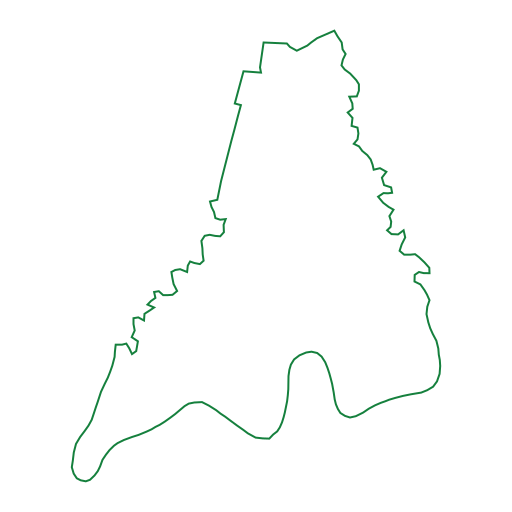 Palmitos, Santa Catarina, Brazil (Albers equal-area conic projection)
{"feature_id": "56859067B46835059259236", "entity_name": "Palmitos", "entity_type": "district", "adm_level": 2, "iso_a3": "BRA", "parent_name": "Brazil", "parent_adm1": "Santa Catarina", "projection": "albers", "projection_center": [-53.188, -27.082], "detail": "fine", "context": "isolated", "style": "outline", "palette": "green", "viewbox_px": 512, "rotation_deg": 0, "n_neighbors": 0, "source": "geoboundaries", "source_scale": "gbopen_adm2", "svg_char_len": 3107}
<svg xmlns="http://www.w3.org/2000/svg" viewBox="0 0 512 512"><path d="M115.7,344.7L114.9,351.9L114.6,356.9L112.3,365.7L110.1,371.9L107.8,377.7L104.8,383.7L101.0,391.8L99.1,397.6L97.5,402.5L95.9,407.1L93.6,414.1L91.7,419.8L88.5,425.6L84.6,431.1L80.2,436.9L76.0,443.9L73.8,452.4L72.8,460.8L71.8,467.2L73.7,473.6L76.8,478.3L80.7,480.3L85.8,481.3L90.0,479.8L94.5,475.5L97.8,471.1L100.1,466.4L102.5,459.8L106.0,454.6L109.6,450.0L114.0,445.7L117.6,443.1L123.9,440.0L132.0,437.0L138.6,434.9L146.6,431.6L151.6,429.3L155.5,426.9L159.6,424.9L164.8,421.6L170.3,417.7L175.1,414.1L180.2,409.8L184.6,406.1L188.8,403.6L194.3,402.5L202.0,402.1L208.9,405.6L216.2,410.2L220.5,413.6L225.2,416.7L230.5,420.7L237.0,425.5L243.3,429.9L247.8,433.3L255.6,437.6L262.9,438.4L269.3,438.6L273.2,434.5L277.2,431.4L279.8,427.4L282.0,422.4L283.6,417.3L284.8,412.6L285.8,407.7L287.1,401.3L287.8,395.3L288.3,389.2L288.4,382.5L288.5,376.1L289.4,369.7L290.9,364.6L294.1,359.4L299.5,355.3L306.2,352.5L311.5,351.7L317.2,353.0L321.6,356.6L325.2,362.2L327.5,367.9L329.3,373.3L330.7,378.4L332.1,383.8L333.7,392.5L334.7,399.4L335.9,404.3L337.9,409.0L340.4,413.0L345.0,415.9L350.0,417.5L355.8,416.2L363.1,412.6L368.8,408.7L375.1,405.3L380.9,402.8L385.2,401.3L389.2,399.7L395.3,397.9L403.0,395.9L410.9,394.3L416.9,393.3L421.2,392.6L427.2,390.2L433.1,386.7L437.0,381.4L439.6,373.9L440.2,366.0L439.8,360.0L438.8,354.7L438.3,348.5L436.4,340.8L432.7,333.8L430.2,328.2L428.3,322.3L426.5,314.1L427.3,306.7L429.5,300.2L427.0,294.6L424.5,290.2L420.4,284.4L414.5,281.5L414.7,274.9L419.0,272.0L423.6,273.1L429.5,273.2L429.3,267.8L424.4,262.3L419.0,257.2L415.1,254.2L409.9,254.7L404.2,254.7L399.6,250.8L401.7,244.4L405.2,237.4L403.6,230.3L398.1,234.4L391.5,234.1L387.1,230.3L390.6,226.9L391.2,221.6L389.4,216.1L393.5,209.7L388.6,206.9L383.2,202.8L378.1,196.7L383.5,193.1L387.9,193.3L392.1,192.8L391.1,187.4L384.1,185.1L381.9,177.7L386.4,171.8L380.0,168.2L373.7,169.7L372.6,164.8L370.7,159.5L367.3,155.1L362.3,151.0L359.0,146.4L353.8,143.8L357.5,139.4L358.4,133.5L357.5,127.6L351.6,125.9L352.5,117.9L347.7,112.5L352.7,108.8L352.3,103.4L349.3,96.7L356.8,96.4L358.9,90.7L358.9,84.3L356.3,80.2L350.2,73.6L344.7,69.5L341.5,65.4L342.9,59.5L345.6,54.0L342.6,49.4L341.7,42.5L337.5,36.3L334.3,30.7L317.1,38.2L311.1,42.5L307.3,45.6L296.8,50.7L289.9,46.9L286.9,43.5L263.6,42.5L260.0,67.4L261.0,72.6L243.5,71.3L241.2,79.8L234.8,103.5L240.9,105.1L238.0,115.8L234.3,130.0L231.4,140.7L221.1,181.0L217.3,199.8L210.0,201.5L211.5,207.0L214.0,212.0L215.4,218.1L220.2,219.7L225.7,219.1L223.6,224.8L223.9,232.2L220.2,236.3L215.1,235.9L209.7,234.8L204.7,235.8L201.4,240.9L202.4,248.2L202.7,254.5L203.6,260.7L199.9,264.1L194.3,263.0L190.1,261.5L187.8,265.6L187.1,272.0L180.1,269.2L175.2,270.0L171.4,272.0L172.3,277.7L173.6,284.1L177.1,291.0L172.5,294.8L168.2,295.1L163.1,295.1L158.8,291.2L154.1,292.0L155.4,297.9L151.0,301.0L147.5,304.6L154.1,307.5L150.0,310.3L144.5,313.8L144.0,320.5L138.3,317.4L133.5,318.2L133.5,324.1L134.7,330.5L131.7,337.2L137.9,341.3L136.2,351.1L132.0,354.1L129.2,348.2L126.3,343.6L121.9,344.7L115.7,344.7Z" fill="none" stroke="#15803d" stroke-width="2"/></svg>